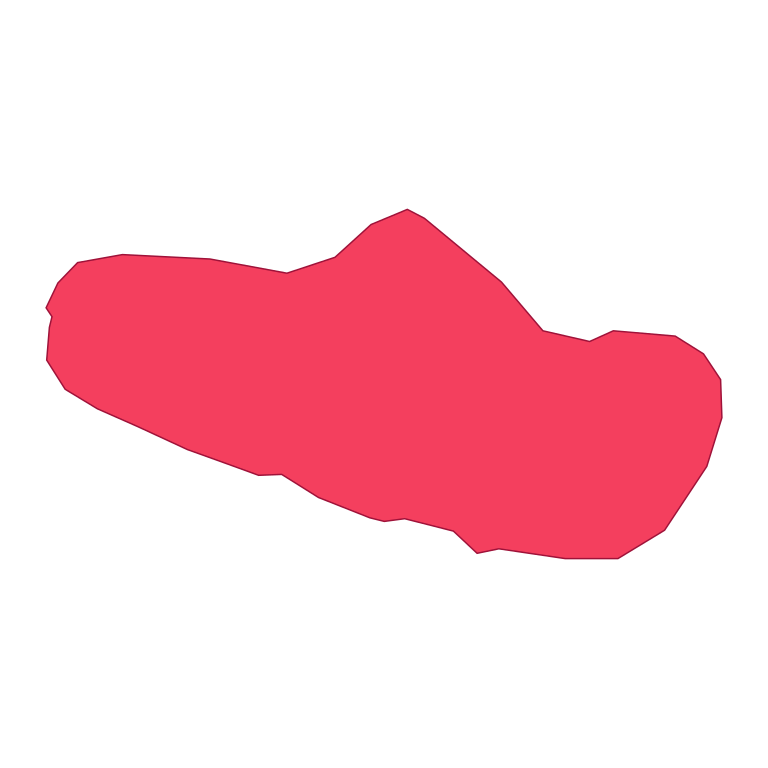 outline of Eauripik, Federated States of Micronesia
{"feature_id": "79324940B30651235990726", "entity_name": "Eauripik", "entity_type": "district", "adm_level": 2, "iso_a3": "FSM", "parent_name": "Federated States of Micronesia", "parent_adm1": "", "projection": "equal_earth", "projection_center": [143.077, 6.683], "detail": "fine", "context": "isolated", "style": "filled", "palette": "rose", "viewbox_px": 768, "rotation_deg": 0, "n_neighbors": 0, "source": "geoboundaries", "source_scale": "gbopen_adm2", "svg_char_len": 603}
<svg xmlns="http://www.w3.org/2000/svg" viewBox="0 0 768 768"><path d="M77.6,262.6L57.9,283.0L46.1,307.8L52.0,316.7L49.4,327.3L46.7,360.1L65.2,389.3L97.4,408.8L137.5,426.5L187.5,449.6L227.0,463.8L258.6,475.3L281.7,474.4L318.5,497.5L369.8,517.8L384.3,521.4L404.7,518.7L453.4,531.1L477.1,553.3L498.8,548.8L565.3,558.6L617.9,558.6L664.6,530.2L706.8,466.4L721.9,417.7L720.6,379.6L703.5,353.9L675.2,336.1L613.3,330.8L589.6,341.5L542.9,330.8L501.5,282.1L424.4,218.3L407.3,209.4L371.1,224.5L335.0,257.3L286.9,273.2L209.9,259.0L122.4,254.6L77.6,262.6Z" fill="#f43f5e" stroke="#9f1239" stroke-width="1.5"/></svg>